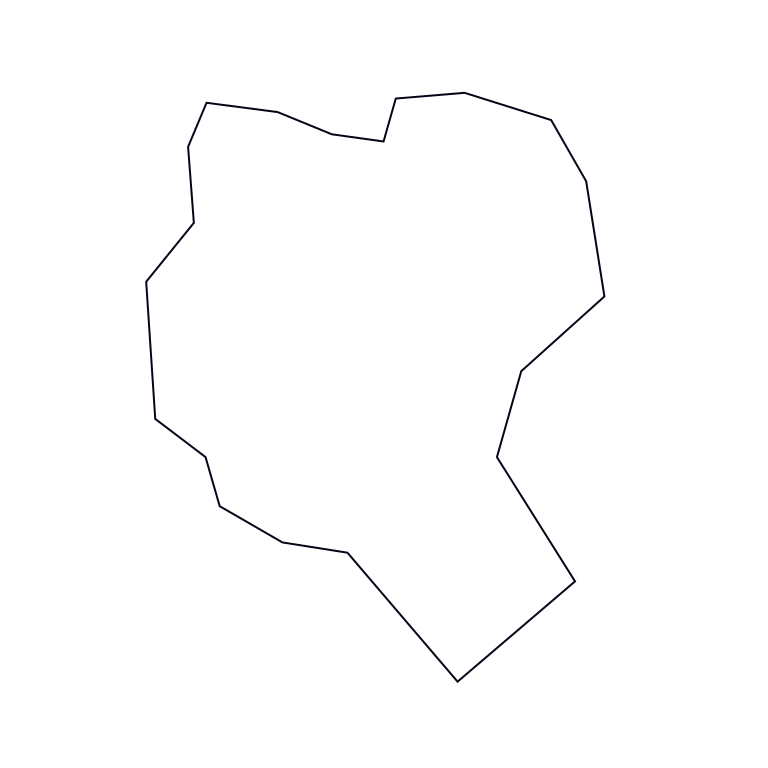 outline of Żabbar, rotated 81°
{"feature_id": "MLT-5956", "entity_name": "Żabbar", "entity_type": "state/province", "adm_level": 1, "iso_a3": "MLT", "parent_name": "Malta", "parent_adm1": "", "projection": "albers", "projection_center": [14.539, 35.872], "detail": "fine", "context": "isolated", "style": "outline", "palette": "ink", "viewbox_px": 768, "rotation_deg": 81, "n_neighbors": 0, "source": "natural_earth", "source_scale": "10m", "svg_char_len": 427}
<svg xmlns="http://www.w3.org/2000/svg" viewBox="0 0 768 768"><g transform="rotate(81 384 384)"><path d="M608.8,226.2L689.5,357.9L544.9,446.5L524.6,509.1L479.0,565.4L428.3,571.7L382.7,615.4L245.8,602.9L195.1,546.6L119.1,540.4L78.5,515.3L98.8,446.5L129.2,396.5L144.4,346.5L103.9,327.7L109.0,258.9L149.5,177.6L215.4,152.6L332.0,152.6L392.8,246.4L473.9,283.9L608.8,226.2Z" fill="none" stroke="#020617" stroke-width="2"/></g></svg>